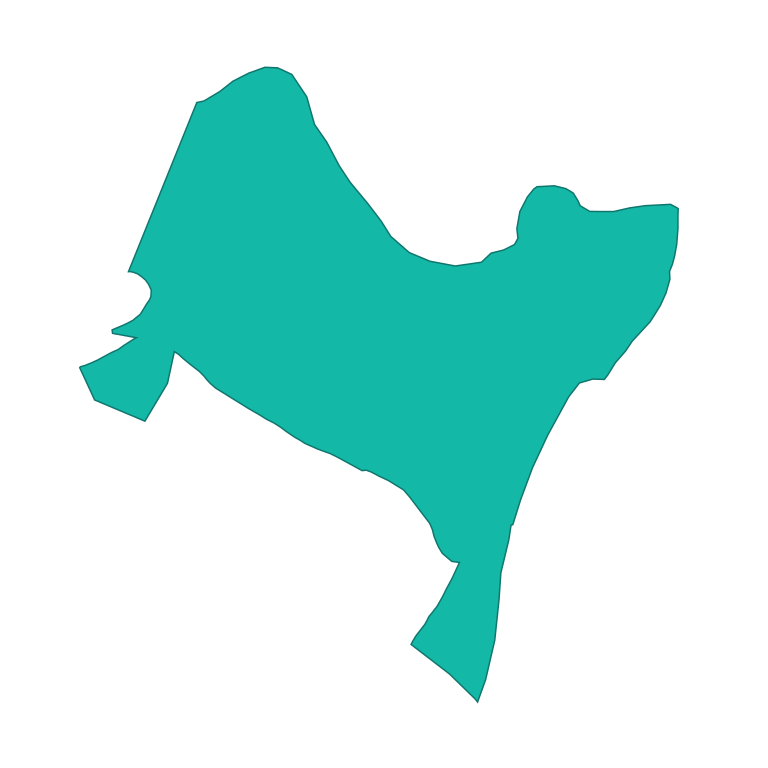 Marisule/East Winds, Gros Islet, Saint Lucia (Mercator projection), rotated 267°
{"feature_id": "8701671B58662152175879", "entity_name": "Marisule/East Winds", "entity_type": "district", "adm_level": 2, "iso_a3": "LCA", "parent_name": "Saint Lucia", "parent_adm1": "Gros Islet", "projection": "mercator", "projection_center": [-60.969, 14.054], "detail": "fine", "context": "isolated", "style": "filled", "palette": "teal", "viewbox_px": 768, "rotation_deg": 267, "n_neighbors": 0, "source": "geoboundaries", "source_scale": "gbopen_adm2", "svg_char_len": 2273}
<svg xmlns="http://www.w3.org/2000/svg" viewBox="0 0 768 768"><g transform="rotate(267 384 384)"><path d="M674.9,211.8L509.6,134.7L509.5,136.6L508.7,139.6L506.9,143.7L504.0,147.4L500.4,151.2L495.9,154.1L489.9,156.5L483.5,155.8L480.1,154.1L476.3,151.1L472.0,148.2L466.3,144.2L463.1,139.7L460.8,136.7L458.3,131.4L456.3,126.5L454.5,121.5L452.3,115.3L448.8,115.6L448.3,117.5L443.2,139.1L442.3,137.1L439.7,132.5L436.3,126.5L432.2,120.1L429.8,113.8L425.8,105.3L422.7,98.8L420.0,91.8L418.1,86.2L417.1,81.7L416.2,81.0L383.2,94.2L359.4,143.3L396.0,167.8L427.3,176.3L424.4,180.4L419.7,185.0L414.3,190.9L409.6,196.3L406.2,200.3L401.0,204.9L398.2,206.8L393.6,210.6L388.6,215.8L371.3,240.7L366.4,247.7L360.4,257.0L355.1,264.6L350.8,272.1L346.0,278.8L341.7,283.9L335.4,292.2L332.0,297.6L328.9,301.8L326.3,306.9L322.7,314.0L320.2,319.7L317.7,325.8L314.3,332.1L298.6,357.7L298.9,361.6L296.8,366.6L292.0,374.6L287.4,383.3L281.7,391.5L277.2,398.0L269.7,403.8L257.0,412.4L246.9,419.3L242.4,422.4L236.1,424.7L229.3,426.0L221.9,428.5L217.8,430.2L211.8,433.4L203.3,442.4L201.8,450.0L189.5,443.5L187.0,442.2L182.0,439.2L175.3,435.1L170.5,432.5L166.7,430.2L161.3,426.7L158.8,425.1L156.3,422.8L152.5,419.6L149.8,417.0L147.2,415.4L145.3,414.4L141.8,412.2L132.0,403.7L130.1,402.2L125.7,399.3L122.5,397.4L90.9,434.3L64.5,458.7L61.5,460.8L83.4,470.0L122.3,481.2L162.8,487.6L189.2,490.8L221.9,500.5L236.4,503.5L236.8,505.3L261.1,514.3L292.8,528.0L324.5,544.9L347.3,559.0L361.6,567.8L374.8,579.2L378.0,592.8L377.0,604.3L381.5,608.1L393.2,616.2L404.2,626.9L413.9,634.2L432.1,652.9L438.6,657.6L448.3,664.3L460.0,670.3L473.6,675.0L481.4,675.0L488.5,678.3L496.9,681.0L508.6,683.7L524.2,685.7L537.8,686.4L543.6,687.0L544.5,686.0L548.4,679.6L548.4,666.9L548.4,654.2L547.0,638.6L544.2,622.4L544.9,609.0L545.6,598.4L551.8,589.2L557.3,587.1L564.8,582.9L569.6,575.8L573.0,564.5L573.0,553.2L573.0,547.1L570.9,543.8L563.3,537.0L549.1,528.7L532.1,524.8L522.5,525.4L516.4,521.6L511.5,510.3L509.1,497.8L500.5,487.7L498.1,461.3L504.2,436.2L513.9,416.1L531.0,398.5L546.8,389.7L565.1,377.2L587.1,360.8L604.1,350.8L628.5,339.5L646.8,328.2L674.8,321.9L698.0,308.1L705.3,294.3L706.5,281.7L701.6,265.4L698.2,257.7L694.3,249.0L684.6,235.2L676.0,218.9L674.9,211.8Z" fill="#14b8a6" stroke="#0f766e" stroke-width="1.5"/></g></svg>